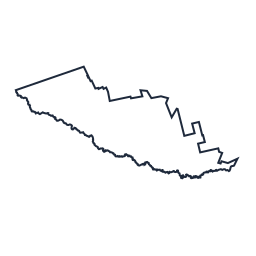 Quebrachos, Santiago del Estero, Argentina, rotated 155°
{"feature_id": "61730980B41889863901757", "entity_name": "Quebrachos", "entity_type": "district", "adm_level": 2, "iso_a3": "ARG", "parent_name": "Argentina", "parent_adm1": "Santiago del Estero", "projection": "mercator", "projection_center": [-63.316, -29.355], "detail": "fine", "context": "isolated", "style": "outline", "palette": "slate", "viewbox_px": 256, "rotation_deg": 155, "n_neighbors": 0, "source": "geoboundaries", "source_scale": "gbopen_adm2", "svg_char_len": 5774}
<svg xmlns="http://www.w3.org/2000/svg" viewBox="0 0 256 256"><g transform="rotate(155 128 128)"><path d="M142.2,202.3L213.6,209.7L213.6,208.8L214.1,208.1L214.1,207.5L213.7,206.9L213.9,206.5L213.6,205.6L213.9,204.9L213.9,204.3L214.2,204.1L214.0,203.7L213.8,203.6L213.1,203.6L211.8,202.6L211.6,202.3L212.0,201.7L211.9,201.0L211.6,200.5L211.0,200.5L209.9,199.1L208.5,199.1L207.4,197.8L207.5,196.3L207.8,196.0L207.8,195.6L207.7,194.8L207.5,194.5L207.4,193.6L208.2,192.6L208.4,191.7L208.3,191.1L207.4,190.7L207.5,190.1L207.4,189.6L207.9,189.1L208.2,188.0L208.0,187.6L208.2,186.9L208.1,186.3L208.3,185.9L208.0,185.4L207.9,184.7L208.2,184.3L208.0,183.5L206.6,183.0L206.3,182.3L205.6,182.0L205.3,181.2L205.5,180.9L205.4,180.5L205.2,180.7L204.6,180.5L203.3,179.7L202.9,179.9L202.7,178.9L202.3,178.1L202.0,177.8L198.6,178.2L198.1,177.4L197.2,176.7L197.0,176.4L195.8,175.6L194.4,175.5L194.0,175.2L194.2,174.9L194.5,174.7L194.0,173.3L193.0,172.4L192.8,171.9L192.5,171.5L191.7,171.5L191.0,171.2L191.0,170.0L190.5,169.3L190.1,169.1L189.8,168.6L189.4,168.4L189.4,168.0L189.9,167.9L189.7,167.6L190.2,167.0L189.4,165.8L189.5,165.0L189.4,164.7L188.5,164.2L186.7,164.2L186.2,164.4L185.2,163.9L184.3,162.8L184.0,162.2L184.0,161.2L183.8,160.5L184.0,160.1L183.9,159.8L183.3,159.0L182.5,158.7L182.3,158.4L182.1,157.0L181.3,156.2L180.7,155.9L179.2,155.8L178.5,155.2L177.9,154.2L177.9,153.6L178.7,152.7L179.3,151.7L179.4,150.8L179.1,150.3L178.5,150.0L178.2,150.2L177.2,150.3L176.5,150.9L175.5,150.1L175.4,148.9L175.1,148.8L175.1,148.4L174.9,148.1L174.5,146.9L174.3,146.7L174.1,146.8L173.5,146.0L173.5,144.7L173.3,143.9L170.9,143.2L171.0,143.1L170.0,141.4L170.0,140.6L169.9,140.4L170.0,139.9L169.6,139.7L169.0,139.1L168.9,138.5L167.9,137.8L167.6,137.1L167.2,136.9L167.0,136.4L166.0,136.6L165.6,137.0L164.2,136.8L164.1,136.0L163.8,135.4L164.0,133.7L164.2,132.9L164.7,132.3L164.6,131.8L165.7,130.5L165.5,129.8L165.7,129.1L165.2,128.5L165.0,127.8L165.1,127.6L165.4,127.4L165.5,127.1L165.3,126.6L164.7,125.1L163.5,123.7L163.5,123.2L163.7,122.8L163.7,122.2L163.5,121.9L163.4,121.2L162.6,120.9L162.0,121.1L161.1,120.9L160.6,120.5L159.6,120.3L159.4,120.0L159.2,119.6L159.5,118.9L160.1,118.4L160.2,118.0L160.2,117.7L159.9,117.1L159.6,116.8L159.6,116.5L158.0,116.5L157.7,116.8L157.9,117.3L157.6,117.3L156.7,116.4L156.1,116.4L156.0,116.2L155.4,115.8L155.2,115.2L154.6,114.6L154.5,113.6L153.6,113.2L152.6,112.2L152.4,111.5L152.1,111.5L151.9,111.2L152.0,111.0L151.9,110.7L152.0,110.6L151.7,110.1L151.7,109.6L151.3,109.5L151.0,109.2L151.3,107.7L150.9,107.3L150.1,107.0L149.2,107.0L149.1,106.8L149.2,106.4L149.0,106.2L148.2,106.2L148.2,105.8L147.7,105.5L147.4,105.4L147.1,105.6L146.8,105.3L145.8,105.1L145.7,104.6L145.2,104.3L144.7,104.5L144.4,104.4L144.2,104.2L142.9,103.9L142.2,104.2L142.2,104.7L141.6,104.7L141.6,105.2L140.8,105.1L140.6,104.9L140.4,104.2L140.0,103.7L139.9,102.9L139.4,103.1L138.8,102.6L138.9,102.1L138.3,102.1L138.3,101.7L138.1,101.6L137.9,101.2L137.3,101.0L137.4,100.4L137.0,99.7L136.4,99.5L136.5,99.0L136.4,98.6L137.1,98.0L137.0,97.6L137.2,97.0L137.0,96.8L136.6,97.1L136.5,96.8L136.1,96.7L135.5,95.7L135.4,95.1L135.7,94.4L135.6,93.6L135.3,93.5L135.3,93.0L135.0,92.6L134.8,91.6L134.4,91.0L134.8,90.7L134.5,89.9L134.2,89.6L133.4,89.1L131.1,89.2L130.5,88.9L130.1,89.2L129.3,89.1L129.0,89.0L128.9,88.6L128.9,87.8L128.3,88.0L128.0,87.7L127.8,87.7L127.6,88.2L127.3,88.4L127.5,88.8L127.1,89.4L126.5,89.1L126.0,89.4L125.0,89.1L124.9,88.3L124.2,87.9L124.0,87.5L124.4,86.3L123.8,85.3L123.7,84.7L123.8,84.5L123.3,84.1L123.1,83.9L123.3,83.3L122.8,82.4L122.9,82.0L122.3,81.5L122.3,80.8L122.4,80.5L122.8,80.3L122.8,79.8L121.8,79.3L121.2,79.4L120.9,78.9L120.3,78.5L119.5,78.3L119.6,78.0L120.0,77.6L119.9,77.3L118.2,77.3L116.8,76.8L116.7,75.8L115.7,74.6L115.4,74.6L115.1,75.4L114.6,75.4L114.4,75.3L114.5,74.6L114.9,73.6L114.5,73.3L113.5,73.0L113.3,72.8L113.2,72.1L113.0,71.7L111.4,71.7L110.7,71.5L110.6,71.3L110.6,70.2L110.4,69.7L109.9,69.7L109.2,70.6L108.7,70.7L108.3,70.0L107.7,69.7L105.7,69.5L105.2,69.8L104.9,69.8L104.5,69.5L104.4,68.6L103.6,68.0L102.2,67.7L101.6,68.7L100.9,68.6L100.7,68.3L100.7,68.0L101.2,66.6L101.2,66.0L100.5,65.1L100.6,64.6L101.1,63.2L100.9,62.7L100.4,62.3L100.3,61.8L100.3,61.5L100.8,60.9L100.9,60.5L100.9,60.2L100.6,60.1L100.1,59.5L99.9,59.5L99.1,59.8L99.1,60.4L99.4,61.0L99.5,61.5L98.8,62.0L98.1,61.9L97.8,60.4L97.1,59.5L96.5,59.3L95.7,59.4L95.4,59.8L95.1,61.1L94.5,61.1L94.2,60.8L94.2,60.4L93.7,60.0L93.3,59.4L93.1,58.5L91.9,58.3L91.4,57.6L91.5,57.1L92.1,56.6L92.1,56.1L91.9,55.8L91.1,55.8L90.5,55.3L90.2,55.3L89.6,56.1L88.9,56.4L88.5,56.1L88.4,54.9L88.1,54.8L87.9,55.0L87.7,55.8L87.5,56.0L87.2,56.0L86.2,55.3L86.0,54.9L86.3,54.3L86.2,53.8L85.5,53.1L85.0,53.2L84.7,53.7L84.6,53.9L84.0,53.9L83.7,52.6L83.3,52.5L83.1,52.8L82.8,53.9L82.5,54.3L81.0,54.1L80.8,54.7L80.5,54.7L80.2,54.2L79.5,54.1L78.9,55.0L78.4,55.4L76.9,55.2L76.2,54.8L75.4,55.3L74.9,55.2L74.7,54.9L74.7,54.2L74.2,53.9L73.9,54.0L73.7,54.5L73.1,54.7L72.5,54.6L71.8,54.0L71.4,53.9L71.2,54.7L70.9,55.0L70.6,54.9L69.8,53.7L69.7,52.8L68.2,52.9L67.5,52.4L67.1,52.3L66.1,52.8L65.7,52.7L65.6,51.7L65.4,51.6L63.6,51.8L61.6,51.5L61.2,51.4L60.3,50.2L58.9,50.2L57.8,49.8L57.5,49.5L57.0,48.1L55.5,47.8L54.8,46.3L54.0,46.4L53.0,47.2L52.2,48.3L51.1,49.5L50.1,49.6L48.3,49.1L47.8,49.1L41.8,53.9L52.3,54.0L57.3,58.3L59.1,56.7L60.9,58.3L53.2,65.6L55.5,67.9L54.8,71.4L72.9,75.4L71.1,84.2L64.3,82.8L63.0,89.8L63.8,89.9L61.2,103.5L68.0,104.9L69.8,95.1L80.3,97.1L75.0,124.3L75.7,124.9L83.9,119.2L83.0,134.5L79.1,138.1L84.7,142.8L94.2,145.2L95.1,153.6L100.7,156.9L101.6,150.6L112.7,153.6L112.5,155.4L133.1,160.2L130.8,169.3L130.7,173.9L133.6,173.8L133.7,175.9L138.1,175.9L137.9,176.9L140.9,177.6L140.9,186.3L142.1,186.3L142.1,190.5L142.8,190.5L142.8,192.6L142.1,192.6L142.2,202.3Z" fill="none" stroke="#1e293b" stroke-width="2"/></g></svg>